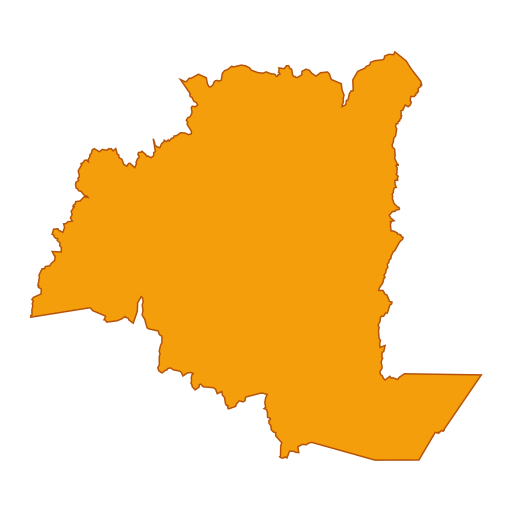 outline of Tinogasta, Catamarca, Argentina
{"feature_id": "61730980B86901307553736", "entity_name": "Tinogasta", "entity_type": "district", "adm_level": 2, "iso_a3": "ARG", "parent_name": "Argentina", "parent_adm1": "Catamarca", "projection": "natural_earth1", "projection_center": [-68.378, -27.542], "detail": "fine", "context": "isolated", "style": "filled", "palette": "amber", "viewbox_px": 512, "rotation_deg": 0, "n_neighbors": 0, "source": "geoboundaries", "source_scale": "gbopen_adm2", "svg_char_len": 5953}
<svg xmlns="http://www.w3.org/2000/svg" viewBox="0 0 512 512"><path d="M481.3,374.9L404.4,373.8L399.0,377.5L397.7,379.5L392.9,377.8L391.2,378.1L389.9,376.3L385.2,380.0L383.6,378.6L382.2,375.7L380.5,374.5L379.8,371.8L381.8,368.7L382.1,366.8L381.1,361.8L382.7,358.1L381.9,357.5L382.1,352.3L383.7,351.7L385.1,345.5L379.9,347.4L379.7,343.4L380.5,340.4L379.1,338.7L378.5,330.4L379.2,327.6L378.1,325.1L380.1,321.3L380.2,318.6L381.2,316.3L383.6,316.2L385.7,312.9L387.3,313.1L389.9,305.0L391.6,304.0L392.0,302.1L389.6,301.5L387.0,295.2L384.9,294.0L383.0,290.5L378.7,290.4L379.3,288.0L382.9,282.6L383.9,278.2L385.0,277.5L384.0,275.3L385.8,272.4L386.2,269.3L387.8,267.6L387.3,264.0L388.7,262.6L389.4,259.7L390.7,258.9L391.4,255.5L393.2,251.9L394.8,250.6L399.6,242.0L402.7,239.1L403.1,237.4L401.4,236.5L400.7,234.8L397.4,233.9L397.2,232.9L393.5,231.0L391.1,230.9L390.7,227.7L390.4,224.5L391.1,222.3L390.4,221.5L394.1,220.7L390.6,217.9L389.2,215.2L392.5,211.5L395.0,211.4L395.9,210.0L398.9,209.6L399.5,208.8L399.0,207.5L397.2,206.8L394.0,203.4L392.3,198.4L392.7,196.4L392.2,194.5L393.3,192.6L393.7,188.9L394.9,187.5L396.3,187.4L395.2,184.9L394.8,180.8L395.3,180.0L397.0,180.5L397.8,179.9L397.2,178.0L398.2,176.4L396.1,174.2L396.8,173.4L397.2,167.8L396.1,166.1L396.3,165.0L398.2,165.3L398.2,164.5L396.9,163.4L394.6,158.2L395.2,155.5L394.6,149.1L392.4,147.1L392.2,144.3L393.3,142.3L393.7,138.4L395.6,135.8L396.7,128.7L395.5,126.7L396.1,123.8L397.8,123.6L398.2,121.5L399.6,121.0L399.9,119.3L401.1,118.3L401.0,116.6L401.7,115.7L401.1,115.1L401.1,110.7L402.9,110.1L405.2,105.0L408.1,106.8L410.2,105.1L411.3,102.2L410.2,100.6L410.8,96.5L414.1,96.5L415.7,95.1L416.2,93.2L417.6,92.8L417.6,91.7L418.4,91.2L418.1,88.5L421.0,86.1L420.7,84.7L421.6,84.9L420.9,81.5L410.9,68.5L406.1,60.9L394.9,51.9L393.6,54.7L389.0,54.3L384.5,56.1L384.4,58.4L382.8,59.8L375.3,60.6L370.5,62.3L369.9,64.8L366.1,66.5L364.7,68.3L357.8,71.3L352.8,79.9L353.2,90.6L351.0,91.0L349.3,93.9L347.9,100.2L346.4,100.4L345.8,104.7L342.2,106.7L342.2,104.7L343.4,102.1L343.1,99.7L344.0,95.0L342.0,89.9L341.3,83.7L331.3,79.5L329.4,74.0L327.5,72.0L320.5,72.7L316.0,76.2L311.9,73.4L309.2,70.2L306.0,69.2L301.9,71.4L301.9,74.7L297.8,77.3L296.0,77.5L295.1,76.5L293.7,76.5L292.8,75.2L291.6,69.2L289.9,68.3L288.6,65.8L286.5,65.7L284.2,68.7L278.8,67.9L279.2,69.7L278.5,72.3L279.7,73.2L279.9,74.4L278.2,74.6L277.4,76.3L276.4,76.5L274.8,74.2L271.0,73.8L266.2,71.9L262.9,73.2L257.9,72.6L251.3,70.2L249.6,67.9L245.6,65.8L241.2,65.1L233.2,67.0L231.8,66.2L227.8,69.4L224.4,70.8L222.3,73.6L221.3,80.1L218.7,81.2L217.6,80.4L215.2,80.8L213.8,82.4L213.4,84.3L211.0,86.8L209.1,86.8L207.4,83.8L206.3,77.8L198.4,74.2L191.1,78.3L189.1,78.3L186.5,81.5L184.8,81.6L180.4,79.5L190.4,94.0L189.8,94.7L190.3,96.7L191.9,97.2L193.9,101.4L196.4,102.5L197.6,104.8L195.5,106.8L192.2,106.2L191.3,107.8L192.0,112.1L191.3,114.7L189.9,116.8L187.7,117.8L186.3,120.2L187.6,122.0L187.1,124.3L191.5,131.4L191.2,133.9L188.5,134.7L184.8,133.0L180.7,132.7L176.5,135.7L174.1,136.0L173.6,137.8L171.6,138.2L169.2,141.1L168.2,139.9L166.3,141.7L164.2,140.2L163.9,141.7L161.7,143.6L159.8,147.7L157.4,147.0L154.8,145.0L154.8,143.3L153.2,138.7L155.4,151.5L153.8,152.6L153.6,155.8L151.1,157.7L147.8,156.0L146.7,156.3L145.9,154.6L141.9,151.2L141.1,152.2L138.5,152.5L137.9,154.7L139.0,156.1L139.0,157.5L137.4,159.0L136.0,162.5L136.5,163.6L134.8,167.6L129.8,163.2L128.6,163.5L126.8,166.2L123.6,164.2L122.0,159.4L118.9,157.5L118.8,155.0L117.2,154.0L115.8,148.6L113.1,150.8L111.2,148.6L109.7,149.2L108.9,148.6L106.6,150.3L102.3,149.4L99.5,151.8L94.2,148.6L92.2,149.9L91.3,153.5L89.8,154.9L90.0,156.3L88.1,159.9L88.4,161.6L86.5,160.1L84.7,160.3L82.8,162.8L80.9,163.7L81.7,164.9L78.2,170.8L79.3,175.6L79.0,177.4L77.9,178.3L78.6,180.6L76.0,182.2L75.5,184.3L76.2,188.2L77.1,188.4L78.9,190.8L81.1,191.4L84.6,195.6L87.2,196.3L88.1,197.5L84.0,196.9L80.1,201.0L75.7,201.6L75.0,204.3L73.6,204.9L72.9,206.6L74.2,206.8L71.2,211.3L72.1,214.8L70.4,217.8L72.3,221.2L68.0,221.7L65.7,223.7L63.6,223.8L64.6,227.4L62.8,232.4L58.7,230.2L57.7,228.7L53.6,229.2L52.1,234.4L53.5,234.7L54.2,236.8L55.8,238.3L57.7,238.7L57.2,240.4L60.0,242.9L59.7,245.7L61.3,247.4L61.2,252.0L52.2,251.5L54.5,256.0L55.2,256.1L54.7,260.4L51.1,263.6L49.8,265.8L45.3,266.5L44.7,268.6L42.0,268.8L39.0,275.2L39.4,277.4L37.9,285.6L38.9,286.0L38.4,287.3L41.3,289.0L41.0,294.0L33.5,297.4L31.9,299.5L33.3,300.9L32.2,303.9L32.9,305.2L31.9,310.0L32.0,315.0L30.8,315.5L30.7,317.2L90.1,307.7L92.8,310.7L105.1,315.9L105.5,316.6L104.0,319.8L105.3,320.0L106.7,322.1L116.9,320.8L121.7,318.9L125.1,316.4L125.7,317.4L128.1,318.1L129.0,320.0L133.2,323.2L137.3,311.3L137.6,302.8L141.3,296.6L142.5,297.9L143.2,301.4L142.2,305.1L143.0,310.4L142.1,314.9L144.7,319.3L147.1,327.8L148.8,328.9L158.3,331.0L159.3,334.6L161.9,336.3L161.9,342.4L160.2,346.7L159.2,351.6L160.1,353.9L159.3,356.4L159.3,364.9L157.8,367.6L158.7,370.7L162.0,373.0L165.2,370.4L167.1,369.8L167.8,368.5L170.7,367.9L173.2,369.8L179.7,371.1L181.5,372.5L182.9,376.0L187.6,372.8L191.2,372.6L192.8,373.3L193.3,373.8L192.0,374.7L191.2,378.0L191.6,380.3L191.0,383.5L192.1,385.2L192.1,386.5L195.1,389.9L199.0,387.1L199.4,384.7L200.8,384.1L203.2,386.8L213.4,387.7L215.6,389.3L217.2,393.7L221.8,391.6L222.4,395.1L224.5,397.4L225.5,403.7L226.5,405.5L227.8,405.5L227.9,408.3L228.6,408.9L235.8,406.3L236.2,404.2L239.3,400.8L243.0,401.9L245.1,400.6L245.6,397.1L260.0,393.3L262.5,393.1L267.1,394.5L265.7,397.6L264.8,402.8L265.7,407.2L264.0,408.6L266.1,409.3L267.3,411.3L267.6,417.4L270.3,418.3L270.3,419.7L268.9,420.5L269.0,423.4L270.9,425.7L271.2,429.7L273.6,432.1L275.7,432.6L275.6,435.8L281.8,442.8L280.7,445.9L280.5,456.2L279.7,456.8L281.1,457.8L283.1,458.1L285.3,456.9L286.9,458.0L289.5,451.2L294.1,451.3L295.7,452.4L298.8,452.6L297.8,446.8L302.3,444.4L306.3,444.7L309.1,442.9L311.8,442.4L375.0,460.1L418.9,460.0L435.2,432.4L437.5,433.0L438.2,432.3L438.7,433.1L441.7,430.4L443.0,431.2L444.1,430.3L444.3,429.0L481.3,374.9Z" fill="#f59e0b" stroke="#b45309" stroke-width="1.5"/></svg>